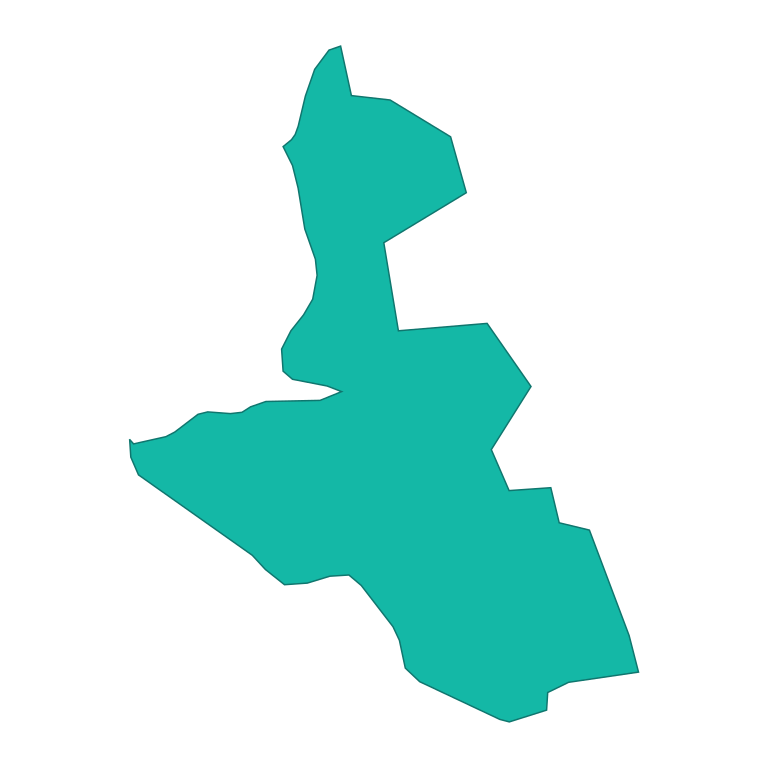 an SVG outline of Sevastopol
{"feature_id": "UKR-5482", "entity_name": "Sevastopol", "entity_type": "City", "adm_level": 1, "iso_a3": "UKR", "parent_name": "Ukraine", "parent_adm1": "", "projection": "mercator", "projection_center": [33.58, 44.625], "detail": "fine", "context": "isolated", "style": "filled", "palette": "teal", "viewbox_px": 768, "rotation_deg": 0, "n_neighbors": 0, "source": "natural_earth", "source_scale": "10m", "svg_char_len": 931}
<svg xmlns="http://www.w3.org/2000/svg" viewBox="0 0 768 768"><path d="M509.3,721.9L499.8,719.4L419.7,681.7L405.3,668.1L399.4,640.3L393.0,626.7L361.2,585.4L348.9,575.0L329.8,576.2L307.3,583.1L284.5,584.7L265.4,569.5L252.3,555.3L138.5,474.9L130.8,457.1L129.7,440.1L129.5,439.3L133.6,443.9L165.8,436.7L174.7,432.1L198.0,414.3L207.7,411.9L230.4,413.6L242.0,412.3L250.6,406.8L265.9,401.5L320.0,400.4L341.6,391.6L327.1,386.0L292.5,379.3L283.1,371.2L281.6,349.1L290.9,330.8L303.6,314.8L312.7,299.2L317.1,275.4L315.4,259.2L304.8,229.0L298.1,188.0L292.5,165.5L283.1,146.6L291.5,139.7L295.2,134.5L298.2,126.2L305.4,96.0L314.7,69.3L329.0,50.1L340.6,46.1L351.4,95.6L390.1,100.0L450.6,136.8L466.3,192.7L383.8,242.7L398.4,330.8L487.1,323.4L531.0,386.5L491.3,449.6L509.1,490.6L550.8,487.7L559.2,522.8L589.4,530.1L629.1,635.5L638.5,672.1L568.6,682.3L547.7,692.5L546.6,710.1L509.3,721.9Z" fill="#14b8a6" stroke="#0f766e" stroke-width="1.5"/></svg>